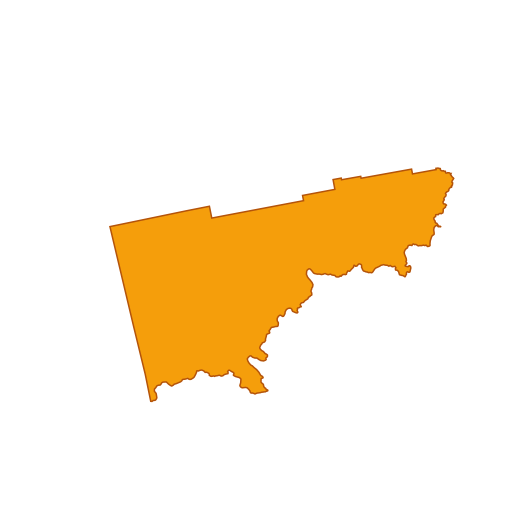 the district of General Belgrano, Buenos Aires, Argentina, rotated 125°
{"feature_id": "61730980B33550812065578", "entity_name": "General Belgrano", "entity_type": "district", "adm_level": 2, "iso_a3": "ARG", "parent_name": "Argentina", "parent_adm1": "Buenos Aires", "projection": "natural_earth1", "projection_center": [-58.766, -35.854], "detail": "fine", "context": "isolated", "style": "filled", "palette": "amber", "viewbox_px": 512, "rotation_deg": 125, "n_neighbors": 0, "source": "geoboundaries", "source_scale": "gbopen_adm2", "svg_char_len": 6120}
<svg xmlns="http://www.w3.org/2000/svg" viewBox="0 0 512 512"><g transform="rotate(125 256 256)"><path d="M372.1,193.5L372.0,192.0L371.8,191.6L369.6,189.1L369.0,187.4L369.2,186.8L369.5,185.0L370.2,183.3L370.9,182.5L371.1,181.4L370.2,180.2L369.7,178.5L369.6,177.7L367.8,176.6L365.4,174.0L364.4,173.3L363.3,172.0L362.7,171.5L362.0,170.5L361.3,170.2L359.8,169.1L359.2,169.3L359.1,169.6L359.4,171.2L358.8,172.3L359.0,173.4L358.4,174.8L356.9,176.4L356.7,178.6L356.4,179.6L353.7,181.4L353.4,181.4L351.9,180.4L351.5,180.5L351.2,180.9L350.9,181.7L351.1,183.2L350.9,184.1L349.6,186.9L348.7,190.3L348.5,193.6L348.1,195.9L348.3,197.5L347.8,200.0L346.7,202.5L345.4,204.0L345.0,204.2L343.4,204.2L342.1,203.9L341.1,203.5L340.7,202.8L340.9,200.8L340.2,198.3L339.3,197.1L339.0,196.0L339.2,194.9L338.9,192.1L337.6,189.6L335.8,188.4L335.0,188.3L334.3,189.1L333.7,189.4L332.4,189.0L331.8,189.0L331.2,189.3L330.5,189.9L330.4,191.4L330.7,192.2L330.6,192.8L330.0,195.1L330.2,197.3L329.6,199.7L328.8,200.5L326.9,200.9L325.7,201.0L324.8,200.8L323.5,201.0L321.5,199.7L320.3,199.7L319.6,199.8L318.6,200.6L315.7,201.6L314.5,202.2L313.6,202.1L311.4,200.7L310.6,201.0L310.0,202.2L309.6,202.4L307.9,202.2L306.9,202.5L305.4,202.2L304.0,200.7L302.8,199.8L301.4,198.1L301.0,197.9L300.0,198.1L298.1,199.2L297.7,199.7L297.0,201.3L296.1,202.1L295.0,202.8L292.7,203.1L291.3,202.7L290.6,202.3L290.3,200.9L290.3,199.7L289.7,199.0L288.9,198.9L286.6,199.2L285.0,200.1L282.5,200.4L280.6,199.7L279.3,198.4L278.9,197.2L279.0,196.7L279.2,195.9L279.9,195.2L280.3,194.2L279.7,191.1L279.3,190.0L279.0,189.6L278.3,189.4L277.8,189.7L277.1,191.1L275.9,191.4L275.3,192.0L274.7,192.0L273.7,191.1L272.2,190.5L271.7,189.9L271.4,190.0L271.0,191.1L270.5,191.9L269.3,192.0L268.4,191.9L266.8,190.5L264.5,190.3L261.4,189.0L259.7,189.3L258.1,188.6L257.3,188.6L256.1,188.0L255.8,188.0L254.3,189.2L253.6,190.5L252.5,191.2L251.3,191.4L250.3,191.9L248.9,191.9L246.8,192.9L245.6,194.9L244.5,198.5L244.3,199.7L243.7,201.6L242.1,204.2L239.5,205.7L238.5,206.0L236.4,205.5L235.7,204.7L235.7,203.9L235.9,202.4L236.9,199.1L236.8,198.0L235.7,195.4L234.5,193.8L233.6,191.6L232.1,190.3L231.5,190.0L230.7,189.2L230.6,188.4L230.0,186.2L228.1,184.5L228.0,182.9L226.7,180.2L227.1,178.7L226.8,177.8L226.0,176.6L225.3,176.0L224.5,175.7L223.9,175.0L223.8,175.3L223.1,174.6L221.7,174.4L221.2,174.1L220.8,173.4L220.4,173.2L220.0,172.1L219.1,171.5L218.1,172.0L215.6,172.2L214.8,170.6L214.0,170.3L212.7,170.3L209.3,169.7L208.3,170.2L207.3,170.3L207.2,169.5L207.4,168.9L207.2,168.4L206.9,168.1L206.1,167.5L204.0,167.4L203.5,167.1L203.0,166.4L202.7,165.1L202.8,164.6L203.5,163.8L204.9,162.9L205.3,161.8L206.0,161.0L206.6,159.4L206.2,158.1L205.9,156.7L205.3,155.6L205.1,154.3L203.9,152.9L203.6,151.9L203.0,151.4L202.0,151.2L198.7,151.3L197.4,151.1L193.2,148.7L192.1,148.4L189.8,146.4L189.5,145.2L188.3,143.1L188.1,141.3L186.8,140.6L186.8,138.9L186.5,138.0L184.8,136.3L185.4,134.6L186.6,134.5L187.4,133.6L186.7,132.1L186.9,130.8L187.1,130.2L189.0,127.8L188.9,127.0L188.5,126.3L188.4,125.7L187.7,124.3L187.6,122.1L187.2,121.9L185.9,122.2L184.6,122.3L183.6,123.1L182.7,123.2L182.0,122.9L181.7,121.4L181.2,121.0L180.7,120.8L177.0,122.3L176.1,123.2L175.8,123.9L175.8,124.5L176.2,125.0L177.1,125.1L177.6,125.4L178.6,127.7L178.5,128.2L177.7,128.4L175.8,128.1L175.4,128.3L175.0,128.8L174.7,129.9L173.2,130.3L171.8,131.6L169.4,135.3L168.2,136.6L166.1,137.3L164.4,137.3L162.4,136.6L161.4,137.0L160.1,137.2L158.7,136.1L158.3,134.9L157.9,134.3L156.6,134.4L156.0,134.1L155.8,133.8L155.7,132.6L154.8,131.7L154.7,129.1L154.5,128.7L153.4,127.7L152.8,126.6L151.0,125.0L150.6,123.6L149.6,123.0L149.5,122.6L149.9,121.1L149.0,120.0L148.0,119.5L147.5,119.5L145.9,120.7L143.5,122.0L139.8,123.1L138.3,123.3L136.8,122.7L135.9,122.6L134.6,123.6L132.7,125.4L130.5,126.4L128.2,126.2L127.3,125.3L127.3,124.4L127.5,123.7L127.3,123.1L126.4,122.1L126.0,121.0L126.0,122.3L126.9,123.7L126.1,124.9L125.5,126.8L125.9,127.7L125.5,128.7L124.7,129.2L124.1,131.0L123.0,132.1L122.2,132.1L121.1,131.8L120.7,131.5L119.2,132.4L118.2,131.5L117.8,130.5L116.2,130.2L115.4,129.5L115.3,128.8L115.1,128.5L113.4,127.7L111.8,128.4L110.4,129.4L109.9,129.5L107.3,128.8L106.4,129.3L105.1,129.2L104.9,130.3L105.1,131.3L105.6,131.9L105.4,132.9L104.4,133.9L102.2,134.0L101.8,134.2L101.6,134.9L101.3,135.1L99.8,135.2L97.8,134.9L96.6,135.6L96.2,136.6L95.8,136.7L94.1,136.6L93.4,136.0L92.0,135.6L91.7,135.7L91.2,136.2L89.7,136.3L88.0,136.0L87.7,135.4L87.3,135.3L86.9,135.4L86.6,135.9L86.1,136.2L85.3,135.8L83.3,136.8L83.2,137.9L83.0,138.0L81.9,138.4L79.1,138.5L78.8,139.3L78.8,140.0L78.5,141.4L77.8,142.6L77.9,143.2L77.7,143.5L76.6,143.6L76.9,144.0L77.0,145.4L77.9,146.9L78.5,147.2L79.1,147.9L78.8,148.7L78.0,149.4L78.0,149.6L78.7,150.6L78.7,151.5L79.3,152.0L79.8,153.1L79.7,154.2L78.7,155.2L79.1,155.7L79.1,156.3L79.7,157.5L81.0,158.9L81.9,158.0L99.0,174.9L95.6,178.4L132.0,214.5L130.7,215.9L144.5,229.7L143.3,230.9L149.2,236.7L156.2,229.6L179.7,252.6L183.4,248.8L250.3,314.0L242.0,322.7L259.4,339.4L315.7,392.5L383.4,316.4L416.3,279.0L435.4,258.9L434.8,257.8L433.3,257.3L432.1,255.9L431.2,255.6L429.7,255.7L428.9,256.0L426.1,258.7L425.5,259.9L425.2,261.5L424.2,262.3L423.0,262.9L421.6,262.6L419.2,262.7L417.9,261.9L416.7,260.5L415.7,260.3L414.2,260.5L413.2,260.2L412.7,259.9L411.1,257.9L410.6,257.1L411.1,254.2L411.1,251.6L410.8,250.4L409.0,249.6L408.0,249.5L406.4,248.2L402.3,245.6L400.7,245.2L399.6,245.4L399.0,245.1L397.5,243.4L395.4,241.7L395.3,241.2L395.4,240.3L395.0,239.3L394.1,238.4L391.7,237.4L390.5,237.2L387.4,237.6L385.2,238.1L384.2,238.6L383.8,238.4L383.3,237.3L381.6,236.2L380.6,235.1L380.3,234.1L380.1,232.9L380.5,230.9L379.5,229.7L379.2,227.5L379.5,226.6L380.6,225.7L380.4,224.8L380.5,224.2L380.1,223.4L378.5,221.8L378.3,220.8L377.3,220.3L376.9,219.9L376.8,219.5L374.8,217.8L374.5,217.1L374.5,216.4L374.3,215.6L373.2,214.5L371.7,214.1L370.4,213.3L368.4,211.5L367.6,211.9L367.0,212.9L365.5,212.9L365.0,212.6L364.7,211.9L364.7,209.7L364.4,208.5L364.6,207.0L365.4,206.4L366.4,206.3L366.7,205.9L366.5,203.8L365.1,199.8L365.2,198.9L365.5,197.7L368.7,195.8L371.2,195.0L371.8,194.3L372.1,193.5Z" fill="#f59e0b" stroke="#b45309" stroke-width="1.5"/></g></svg>